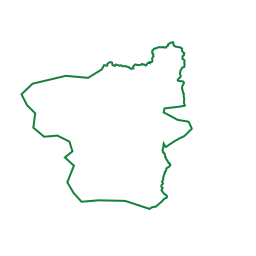 outline of Kara-Buura, Talas, Kyrgyzstan, rotated 153°
{"feature_id": "92254566B426760339641", "entity_name": "Kara-Buura", "entity_type": "district", "adm_level": 2, "iso_a3": "KGZ", "parent_name": "Kyrgyzstan", "parent_adm1": "Talas", "projection": "equal_earth", "projection_center": [71.131, 42.476], "detail": "fine", "context": "isolated", "style": "outline", "palette": "green", "viewbox_px": 256, "rotation_deg": 153, "n_neighbors": 0, "source": "geoboundaries", "source_scale": "gbopen_adm2", "svg_char_len": 5276}
<svg xmlns="http://www.w3.org/2000/svg" viewBox="0 0 256 256"><g transform="rotate(153 128 128)"><path d="M202.9,83.4L187.2,77.0L163.7,64.4L145.5,46.1L144.8,46.3L144.4,46.3L144.0,46.3L143.3,46.4L142.0,46.3L141.2,46.2L140.0,45.7L139.2,45.2L130.1,47.5L129.5,47.8L128.3,48.4L127.0,48.4L126.4,48.4L126.0,48.3L125.3,48.3L125.2,48.3L124.1,49.7L124.5,50.6L124.7,51.1L124.8,51.3L124.8,51.7L124.9,51.8L125.0,51.9L125.1,52.0L125.3,52.2L125.4,52.4L125.5,52.6L125.6,52.9L125.7,53.0L125.7,53.4L125.8,53.7L125.9,53.8L126.0,54.2L126.0,54.5L126.0,54.8L126.1,55.1L126.1,55.4L126.2,55.8L126.3,56.1L126.4,56.6L126.4,56.8L126.4,57.4L126.0,57.7L125.6,57.9L125.2,58.1L124.8,58.5L124.4,58.8L124.5,59.0L124.8,59.4L124.9,59.7L125.0,60.0L124.7,60.8L124.6,61.1L124.5,61.4L124.4,61.6L123.6,62.0L122.9,62.3L122.1,62.7L122.0,63.3L121.9,63.8L122.1,64.8L121.7,65.0L121.2,65.4L120.3,65.9L120.2,66.0L119.8,66.4L119.7,66.7L119.6,67.0L119.3,67.6L118.9,67.9L118.8,68.0L118.6,68.1L118.3,68.6L118.1,69.1L117.6,69.5L117.4,69.6L117.2,70.0L116.2,70.6L115.6,71.0L115.4,71.1L115.4,71.3L115.4,72.0L115.2,72.2L114.9,72.4L114.7,72.4L114.5,72.5L114.3,72.5L114.0,72.6L113.7,72.7L113.5,72.8L113.3,72.9L112.9,73.2L112.4,74.4L111.8,74.7L111.1,74.7L109.3,74.8L107.1,75.6L107.1,76.0L107.1,76.4L107.2,76.5L106.9,76.8L106.8,77.2L106.9,77.5L107.0,77.6L107.2,77.8L107.3,78.0L107.5,78.0L107.8,78.4L107.8,78.5L107.8,78.9L107.8,79.0L107.7,79.2L107.6,79.4L107.6,80.1L107.9,81.4L107.8,82.1L108.0,82.4L107.9,82.7L108.0,83.4L107.7,84.5L107.8,84.6L107.8,84.9L107.7,85.0L107.8,85.2L108.0,85.3L107.9,85.5L107.2,87.2L107.3,87.8L107.0,88.6L107.2,88.9L107.3,89.3L107.2,89.8L107.5,90.1L107.8,90.2L107.9,90.5L107.5,91.0L107.4,92.4L106.7,93.1L106.5,93.6L106.0,94.0L105.7,94.5L105.3,94.6L104.9,95.5L104.6,95.8L104.5,96.1L104.3,96.3L104.1,96.7L104.0,97.0L103.8,97.2L103.7,97.4L103.5,97.5L103.4,97.6L103.4,97.8L103.2,98.0L103.2,97.9L103.5,96.9L103.1,95.8L103.2,95.4L103.1,95.1L103.0,94.6L102.8,94.1L102.7,93.8L102.4,93.8L101.9,94.0L100.5,94.2L99.3,94.4L96.8,94.6L94.8,94.9L91.6,95.2L89.0,95.2L88.5,95.3L87.0,95.4L82.6,95.2L81.6,95.3L79.7,95.7L79.1,95.9L77.1,96.6L74.6,97.4L74.0,97.6L73.5,97.8L71.8,98.2L71.6,98.4L71.4,99.0L71.2,102.6L71.2,104.3L71.1,104.7L71.1,105.5L71.2,106.1L72.8,107.4L74.1,108.3L77.1,110.5L80.0,112.6L89.1,125.7L87.4,128.0L86.7,128.7L86.5,128.8L86.3,128.8L73.4,124.0L67.4,122.1L67.1,122.2L66.8,124.8L66.5,125.4L66.2,126.3L65.6,126.7L65.3,127.3L65.1,127.8L65.0,128.1L64.3,129.1L64.3,130.0L64.0,131.0L63.8,131.3L63.7,131.7L63.4,132.0L63.0,132.6L62.8,132.9L62.7,133.5L62.9,133.8L63.0,134.1L62.7,134.6L62.6,135.8L62.0,137.6L62.1,138.0L61.7,139.3L61.2,139.9L60.4,140.7L58.3,142.3L57.7,142.7L57.5,143.2L57.6,143.6L57.8,144.2L58.1,144.8L60.2,146.0L62.0,147.4L62.1,147.9L61.9,148.3L60.1,149.2L58.5,149.4L57.5,150.2L57.3,150.6L57.2,152.3L57.0,153.1L55.9,154.2L55.4,155.1L55.0,155.5L54.4,155.7L53.7,156.1L52.9,157.0L52.3,157.2L50.4,156.8L49.6,157.5L49.6,157.8L49.3,158.1L48.6,159.2L48.3,160.1L48.2,160.8L47.3,161.6L47.0,163.0L48.1,165.0L47.4,166.1L47.0,167.1L46.4,167.3L45.9,167.3L45.2,167.4L43.9,169.0L44.5,169.5L44.3,170.3L44.8,171.7L44.6,173.0L44.2,173.7L43.8,174.1L43.8,174.4L44.5,175.3L45.2,176.6L47.2,177.6L47.5,178.0L49.1,179.3L49.3,180.2L49.7,180.5L49.8,181.6L48.9,183.2L49.0,184.1L51.5,184.6L52.6,184.4L53.3,184.6L54.4,184.2L54.9,183.3L55.4,183.0L56.5,183.2L56.8,183.0L57.4,182.5L57.6,182.4L59.0,183.3L59.6,184.0L60.0,183.8L61.1,184.7L62.1,184.9L62.6,185.3L63.5,185.9L64.3,186.1L65.5,186.1L65.8,186.1L66.2,186.3L67.2,186.5L67.9,186.4L68.7,186.9L69.6,186.5L70.3,186.0L70.9,186.0L71.1,186.0L71.4,185.5L71.9,184.9L71.9,184.5L72.0,183.8L72.5,183.6L72.6,183.3L72.5,183.1L72.2,182.6L71.9,182.3L71.9,182.1L72.1,182.0L72.4,181.7L72.6,181.4L72.7,180.7L72.8,180.3L72.9,180.1L73.1,180.0L73.8,179.8L74.6,179.4L74.9,179.1L75.3,178.0L75.5,177.3L76.1,176.4L76.3,176.2L76.8,176.1L77.7,176.2L78.3,176.6L78.6,176.4L79.0,175.9L79.3,176.4L79.0,176.6L78.9,176.8L79.1,176.9L79.4,176.9L79.8,176.9L80.2,176.6L81.0,176.9L81.5,176.7L82.0,176.3L82.1,176.2L82.9,175.7L83.9,175.7L84.2,176.3L84.5,176.8L84.8,177.2L84.9,177.4L85.3,177.4L85.7,177.7L86.1,178.4L86.4,178.7L86.5,178.7L86.8,178.7L87.2,178.5L87.5,178.5L89.1,178.8L89.7,179.0L90.3,179.4L90.8,179.8L91.7,180.4L92.1,180.9L92.6,181.3L93.1,181.2L93.4,181.2L93.9,181.1L94.9,180.4L95.3,180.3L95.6,180.2L96.0,180.0L96.2,178.7L97.2,179.1L97.3,179.1L98.1,179.1L98.5,179.6L98.9,180.1L99.4,180.5L99.4,181.0L99.3,181.5L100.0,182.1L100.2,182.4L100.6,182.7L100.9,182.8L101.3,183.4L101.5,183.7L101.6,183.9L101.8,184.0L102.1,184.2L102.6,184.3L103.3,184.7L104.6,185.3L105.0,186.0L105.3,186.3L105.4,186.6L105.7,187.0L105.9,187.1L106.3,187.3L106.7,187.3L106.9,187.3L107.1,187.2L107.4,187.6L107.7,188.0L108.3,188.2L108.7,188.7L108.9,188.9L109.5,189.7L109.7,189.9L110.2,190.1L110.8,189.9L111.4,189.2L111.6,189.3L112.1,190.0L113.3,191.0L113.1,191.6L112.9,192.2L112.7,193.0L112.6,193.5L112.8,194.0L113.4,194.4L113.9,194.6L114.4,194.8L114.6,194.9L115.0,194.8L116.0,194.8L116.5,194.7L117.0,194.6L117.5,194.1L117.7,193.6L118.3,193.0L118.8,193.4L119.3,193.6L120.7,194.9L124.7,192.1L140.8,190.8L159.7,202.7L192.9,210.8L207.6,206.4L207.6,194.2L204.0,183.2L212.2,171.3L206.7,158.3L194.4,153.3L186.4,142.5L188.1,132.4L197.6,130.4L193.3,119.0L206.7,107.2L206.0,95.0L202.9,83.4Z" fill="none" stroke="#15803d" stroke-width="2"/></g></svg>